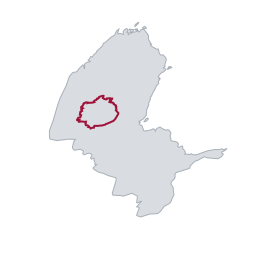 location of Northern Savonia within Finland, rotated 147°
{"feature_id": "FIN-3178", "entity_name": "Northern Savonia", "entity_type": "Province", "adm_level": 1, "iso_a3": "FIN", "parent_name": "Finland", "parent_adm1": "", "projection": "natural_earth1", "projection_center": [27.676, 63.147], "detail": "medium", "context": "in_parent", "style": "outline", "palette": "rose", "viewbox_px": 256, "rotation_deg": 147, "n_neighbors": 0, "source": "natural_earth", "source_scale": "10m", "svg_char_len": 5337}
<svg xmlns="http://www.w3.org/2000/svg" viewBox="0 0 256 256"><g transform="rotate(147 128 128)"><path d="M100.7,111.4L99.3,108.3L97.5,105.6L95.5,104.9L94.8,103.8L94.6,101.6L95.0,99.9L97.2,98.3L97.6,96.1L98.9,94.3L98.3,93.2L94.9,90.0L94.5,88.9L94.3,87.2L96.3,85.6L95.8,84.0L92.2,83.4L92.4,82.4L93.4,80.8L92.9,79.4L93.0,76.4L94.8,75.1L92.7,74.0L90.8,72.1L89.0,72.0L88.0,70.0L84.9,68.2L73.9,65.6L67.2,62.8L63.6,60.5L60.3,59.2L60.0,57.9L56.6,57.0L57.3,56.5L60.0,56.4L62.3,56.9L63.1,56.3L62.2,54.5L62.4,54.1L65.0,53.1L69.2,53.1L78.0,60.0L79.4,62.3L87.9,63.0L88.8,63.6L91.1,63.5L96.1,62.4L98.0,60.8L99.8,61.0L111.9,64.4L113.8,63.6L115.0,61.5L116.0,60.6L117.4,59.9L120.2,59.5L122.4,57.8L122.7,52.9L123.8,51.5L125.9,46.8L129.7,44.7L132.5,42.5L135.3,42.2L140.2,42.6L146.1,40.4L149.9,40.1L156.6,44.0L165.9,46.5L168.4,49.8L167.2,51.1L162.2,54.7L162.0,55.6L163.7,57.2L156.7,59.2L157.2,59.7L160.9,60.0L161.4,60.7L157.5,65.3L157.4,66.1L160.2,71.1L168.8,73.3L171.2,75.5L177.2,79.9L176.7,81.9L167.7,89.5L165.6,91.6L165.4,93.0L170.7,99.1L173.4,103.4L176.5,106.6L179.1,111.8L179.2,113.5L174.2,114.5L175.6,115.5L174.4,117.1L174.2,119.4L172.8,121.0L173.1,121.4L175.5,121.7L175.8,122.7L175.6,123.4L173.1,124.6L172.8,125.8L174.2,127.9L175.3,128.6L179.1,129.3L179.6,129.8L179.8,131.3L178.0,132.8L178.0,133.4L179.7,136.2L184.8,138.4L185.4,140.0L185.4,141.1L185.1,142.1L181.2,145.9L178.3,147.1L184.1,151.1L194.5,156.2L199.0,160.7L199.4,161.9L196.2,167.4L194.9,168.9L186.5,175.2L174.7,185.4L168.8,190.0L157.2,196.9L148.9,203.3L144.2,204.6L140.7,203.2L138.9,203.5L137.2,204.4L131.4,205.5L131.2,204.4L132.4,201.7L131.9,201.7L130.9,203.0L130.4,204.5L129.3,205.3L126.9,205.6L124.6,204.4L123.4,204.4L124.6,206.2L124.5,206.7L123.3,206.7L120.7,208.1L120.1,208.1L119.3,206.9L116.5,208.2L113.9,208.4L112.3,209.4L104.6,210.8L102.5,212.5L101.0,212.1L92.4,213.4L88.8,213.1L84.9,215.6L81.8,215.9L85.0,213.3L85.2,212.4L83.6,212.0L82.4,211.1L81.3,209.1L80.7,209.0L79.6,211.5L77.5,212.3L75.0,212.3L74.7,211.2L75.2,210.2L74.8,210.0L75.2,209.2L76.5,209.2L76.9,208.8L76.9,208.3L75.8,207.8L76.9,206.1L72.4,205.7L66.9,203.8L66.3,202.3L63.6,203.4L61.2,202.2L60.8,201.5L60.4,195.6L60.7,194.0L62.1,192.0L62.7,190.1L62.7,186.5L63.5,186.5L62.7,185.3L64.0,185.0L64.2,184.6L61.3,178.9L59.6,177.6L61.1,173.5L61.0,172.5L60.8,171.4L58.7,170.1L58.0,166.5L58.6,164.4L63.0,160.7L63.3,159.3L65.7,159.2L64.7,157.9L64.4,156.3L67.9,155.7L69.1,156.2L72.2,155.6L74.9,154.5L74.0,152.2L75.3,152.2L74.9,151.6L75.0,151.1L76.1,151.3L77.9,149.8L78.0,148.6L81.0,148.0L84.6,145.6L87.7,144.3L91.1,141.9L92.5,141.8L93.3,140.2L97.0,137.7L98.3,135.8L101.8,133.6L105.2,129.7L105.6,128.7L110.8,127.2L115.4,127.6L115.3,126.7L114.6,126.1L116.5,125.1L116.1,123.5L115.0,122.8L116.3,117.0L114.9,115.9L109.7,113.9L107.5,113.7L106.3,112.3L106.9,110.5L103.9,111.9L100.7,111.4ZM70.5,206.5L73.7,206.5L74.5,207.4L73.1,208.0L72.9,208.8L73.7,209.9L72.3,209.9L71.3,208.6L69.8,207.7L70.5,206.5ZM109.6,125.4L107.6,126.0L106.0,125.6L106.0,124.5L108.8,123.7L111.6,124.6L110.1,124.8L109.6,125.4ZM60.3,155.0L60.1,156.0L62.0,155.3L62.8,155.6L62.6,156.4L62.0,156.3L60.4,157.2L59.0,156.4L58.2,155.0L60.3,155.0ZM61.3,203.4L61.1,204.2L59.2,204.3L58.5,203.5L58.1,202.1L58.9,201.5L59.3,202.2L61.3,203.4ZM68.7,206.8L67.7,206.9L66.3,206.0L66.1,205.7L66.7,205.5L66.5,204.5L67.6,205.0L68.1,205.7L67.5,205.8L68.7,206.8ZM66.4,210.3L65.0,210.9L64.4,210.8L64.6,209.8L65.4,209.3L66.8,209.2L66.4,210.3ZM63.5,210.9L62.3,211.1L61.6,210.6L62.7,209.8L63.6,209.8L63.8,210.3L63.5,210.9Z" fill="#d9dde1" stroke="#a8b0b8" stroke-width="1"/><path d="M136.4,141.9L143.3,143.0L144.1,143.4L145.1,143.2L148.1,144.1L151.6,146.0L152.7,146.4L153.6,147.3L154.6,147.7L155.0,148.1L155.7,147.7L156.4,146.8L157.9,147.7L159.6,148.0L159.5,148.4L159.8,149.5L160.6,150.3L159.9,150.5L159.9,150.9L160.5,152.3L161.7,153.1L161.8,153.3L161.6,154.2L161.0,154.8L161.1,155.0L160.4,155.5L160.4,155.8L159.9,156.2L161.3,157.0L163.4,158.8L165.8,159.9L165.9,160.2L164.8,160.7L164.7,160.8L165.0,161.1L164.3,161.0L164.2,161.1L165.2,162.0L166.3,162.5L166.2,162.7L164.1,163.7L162.4,162.9L162.0,162.9L161.4,163.7L160.7,164.0L160.3,164.3L161.1,165.3L160.6,165.6L160.4,166.2L159.8,166.8L160.1,166.8L159.7,167.0L158.1,167.2L158.8,167.4L158.8,167.6L158.6,167.6L157.2,167.3L157.1,168.1L156.6,168.6L157.0,169.1L156.8,169.3L155.4,169.2L155.7,169.6L155.1,169.8L155.1,170.0L155.4,170.1L155.6,170.6L156.1,170.7L156.0,171.0L155.3,171.2L154.4,171.2L152.8,171.8L152.5,172.4L151.0,172.5L151.3,172.5L151.1,172.8L150.2,172.4L149.4,172.5L148.4,171.8L148.1,171.4L148.4,171.0L147.4,170.8L147.4,170.6L144.9,169.1L143.2,168.3L142.7,168.2L142.9,168.5L142.1,169.0L140.7,169.2L139.7,168.8L138.4,169.1L137.6,168.9L137.4,169.0L137.5,169.4L136.1,169.1L135.6,169.5L135.3,169.8L134.9,169.8L133.7,169.3L132.4,169.1L131.1,168.4L131.0,168.2L132.5,167.0L132.3,166.9L132.5,166.4L132.4,165.9L132.1,165.3L131.7,165.1L131.5,164.5L130.4,163.7L130.1,163.7L129.5,164.2L129.4,164.1L126.8,162.8L126.7,162.6L127.0,162.3L125.9,161.8L125.2,161.3L125.4,161.0L127.0,160.7L128.4,160.8L128.9,160.4L128.8,160.2L128.2,160.0L127.7,159.6L127.7,159.3L127.8,159.2L128.8,159.2L126.7,157.2L126.6,156.3L127.0,156.1L127.0,155.9L126.4,154.4L125.8,153.5L126.8,152.4L126.9,152.1L126.5,151.9L127.0,151.3L127.3,150.2L127.6,149.9L128.5,149.6L128.5,149.0L127.9,145.8L128.7,145.0L134.0,142.4L136.4,141.9Z" fill="none" stroke="#9f1239" stroke-width="2"/></g></svg>